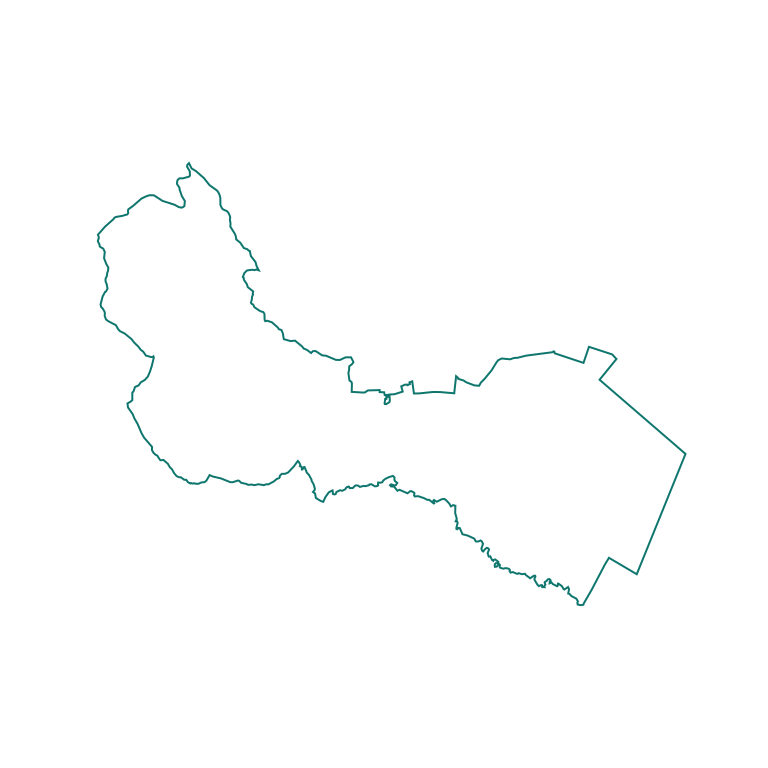 the district of Urechesti, Vrancea, Romania, rotated 11°
{"feature_id": "2599482B13172395436586", "entity_name": "Urechesti", "entity_type": "district", "adm_level": 2, "iso_a3": "ROU", "parent_name": "Romania", "parent_adm1": "Vrancea", "projection": "albers", "projection_center": [27.067, 45.615], "detail": "fine", "context": "isolated", "style": "outline", "palette": "teal", "viewbox_px": 768, "rotation_deg": 11, "n_neighbors": 0, "source": "geoboundaries", "source_scale": "gbopen_adm2", "svg_char_len": 6126}
<svg xmlns="http://www.w3.org/2000/svg" viewBox="0 0 768 768"><g transform="rotate(11 384 384)"><path d="M621.8,562.7L622.0,561.2L627.1,546.4L635.4,518.7L638.0,511.7L668.4,522.5L693.3,395.1L594.8,338.7L607.4,315.1L602.3,311.4L578.1,308.4L575.8,325.2L545.7,321.3L545.0,319.7L544.3,319.6L543.2,320.7L518.2,329.0L510.0,332.8L506.5,333.7L503.1,335.7L494.7,336.5L491.6,338.8L490.3,341.3L486.9,350.3L481.6,360.0L478.9,364.0L477.7,367.6L472.9,368.1L464.3,366.6L461.6,365.4L455.9,364.8L455.7,364.0L453.3,362.6L454.7,379.7L440.7,381.2L433.5,382.5L420.4,386.5L415.2,387.6L411.2,376.0L408.7,377.6L409.5,379.1L408.3,380.0L407.5,380.5L407.4,380.1L404.8,380.6L401.4,383.0L403.8,387.9L396.3,392.0L391.3,393.3L392.9,399.1L392.8,400.8L389.9,403.4L388.6,403.5L388.3,403.1L388.0,398.4L389.2,398.2L388.7,396.2L391.2,395.7L390.6,393.8L386.8,394.7L385.7,392.1L381.3,392.8L380.9,390.8L369.4,393.4L366.9,395.9L365.0,396.4L353.8,397.9L352.4,389.6L351.7,388.2L349.4,387.1L346.9,379.8L347.1,377.2L346.5,373.2L348.6,370.9L349.8,368.7L349.4,367.7L346.5,364.1L341.1,365.2L336.2,368.8L332.2,369.5L321.6,367.3L317.9,367.7L310.6,364.7L308.0,365.3L306.5,367.5L301.8,365.2L298.4,364.5L296.5,362.8L288.3,358.4L284.3,359.7L277.1,359.1L275.0,353.5L272.9,350.5L270.4,350.3L269.0,348.8L262.2,344.8L257.2,344.2L255.5,345.0L254.6,343.9L253.3,338.1L251.9,336.5L248.6,336.1L242.2,333.4L240.4,331.0L238.7,330.5L237.9,329.7L238.1,326.1L237.8,323.4L238.4,321.1L237.9,320.6L237.9,318.1L231.8,314.9L230.3,312.1L227.4,309.3L226.4,308.1L226.0,306.4L225.0,305.9L225.8,301.7L227.8,298.7L232.8,297.0L235.2,296.9L236.9,296.0L239.4,296.3L236.5,292.7L234.6,288.8L228.9,283.8L226.9,279.0L225.6,278.9L224.2,277.8L220.5,277.3L215.8,272.6L211.4,270.3L210.1,266.8L208.8,264.9L203.2,258.9L202.7,255.7L201.4,252.2L201.2,249.6L200.4,248.1L198.6,245.6L196.9,244.3L193.0,243.4L191.7,242.7L189.9,240.5L189.2,239.3L187.8,232.4L186.3,229.4L184.7,227.4L183.1,225.9L174.9,222.2L167.9,216.2L158.8,210.9L154.0,209.1L150.4,204.4L149.1,206.5L149.2,208.2L152.8,212.4L153.7,216.2L153.3,217.5L147.6,220.4L143.9,221.2L142.6,222.9L142.3,224.4L142.6,227.1L145.7,230.3L146.4,232.4L149.7,238.1L153.6,242.4L154.1,247.4L153.1,248.6L151.8,249.5L148.7,249.5L144.6,248.1L131.6,246.5L122.2,242.7L117.9,243.4L115.1,244.9L110.7,248.1L103.4,257.4L99.7,261.3L99.6,262.7L100.3,265.2L99.7,266.5L95.0,268.9L88.9,271.2L87.6,272.3L86.9,273.9L80.1,282.8L74.7,292.1L76.0,294.2L76.2,295.2L75.8,298.1L76.2,298.9L78.3,301.7L78.6,303.0L79.1,303.5L82.6,304.7L84.7,307.6L85.2,313.9L88.5,319.2L91.2,322.3L91.5,325.4L91.1,328.0L91.4,330.6L90.6,333.7L90.8,335.3L91.4,337.0L92.7,338.8L94.4,343.1L93.5,346.1L92.6,346.9L91.1,351.8L90.6,360.1L91.7,362.4L93.8,363.9L95.9,366.4L96.5,367.8L96.8,370.4L98.8,373.7L101.5,375.0L109.6,377.4L112.5,380.8L114.7,382.5L119.8,383.9L127.6,388.1L131.0,391.1L135.9,394.3L138.5,396.7L141.6,398.3L144.8,401.5L150.3,402.0L151.7,401.7L152.4,400.9L153.0,402.0L152.6,410.6L151.9,416.5L150.8,421.7L148.5,425.6L144.9,428.8L143.3,432.3L140.2,434.4L139.5,439.0L138.6,440.5L140.0,447.8L138.7,449.6L135.9,452.0L137.2,455.9L143.0,461.5L145.4,465.2L149.8,470.3L155.5,478.7L158.8,482.5L168.3,490.0L168.8,493.1L170.8,495.5L173.3,497.1L174.9,497.4L178.6,501.2L179.4,501.5L181.9,500.6L187.0,503.5L189.8,506.7L192.2,508.2L194.8,511.4L198.0,514.0L200.3,514.6L202.5,514.4L206.1,516.1L208.2,515.8L210.3,517.8L212.9,518.6L213.4,518.0L214.9,518.3L216.8,517.6L217.8,517.9L220.8,517.4L223.3,515.6L226.7,514.5L228.1,512.7L230.2,506.7L233.7,507.5L242.0,507.8L251.9,509.7L254.4,509.2L259.1,506.6L260.3,506.7L262.6,508.2L268.0,508.4L269.8,508.9L273.2,508.0L276.2,508.0L279.8,506.4L285.4,506.2L287.6,504.9L289.8,504.5L294.6,500.5L296.8,497.7L299.0,496.4L299.4,495.5L299.2,494.0L300.8,491.7L304.1,491.0L306.8,489.1L311.2,482.2L314.1,476.0L315.6,477.1L317.1,479.1L317.5,479.9L317.2,480.7L318.9,481.1L319.8,483.6L320.2,483.5L321.4,480.7L321.9,480.7L325.2,485.8L327.6,487.5L331.0,491.6L331.4,492.8L334.1,496.0L336.1,500.0L336.2,501.1L334.9,503.6L337.2,504.6L338.9,508.9L344.0,510.8L346.8,511.3L348.1,506.1L350.5,500.9L353.0,498.8L353.8,498.3L354.9,501.7L356.2,501.9L357.5,501.3L358.0,499.0L361.1,496.7L363.4,496.8L366.1,494.7L366.8,492.7L368.8,491.4L369.3,491.5L370.1,492.7L373.2,492.1L375.0,489.4L376.0,488.8L378.0,488.7L380.0,489.6L383.5,487.9L385.5,487.8L388.7,486.1L388.9,485.4L390.7,484.8L394.7,486.2L396.9,485.4L397.6,484.6L397.2,483.6L397.1,481.8L399.4,481.6L401.1,480.7L401.6,479.0L403.4,476.9L406.4,474.6L410.3,472.5L412.1,473.7L412.5,476.0L413.3,477.2L415.9,478.6L414.9,481.0L413.9,481.6L410.1,481.1L409.2,482.2L410.5,483.2L413.5,482.8L417.5,486.2L419.4,484.9L427.9,486.8L430.3,484.1L431.5,484.0L434.5,485.0L434.8,486.0L434.7,487.5L435.6,488.5L439.0,487.6L445.0,488.4L448.7,489.5L450.4,489.0L455.7,491.8L456.1,491.5L454.7,489.0L455.2,488.3L458.3,489.5L462.5,486.2L464.9,485.3L467.0,486.1L471.0,489.0L473.0,491.4L475.0,489.7L477.3,489.9L478.5,497.1L481.2,502.5L480.6,505.1L482.0,504.9L482.8,506.4L482.5,511.0L482.7,512.4L483.6,512.6L484.6,511.0L485.9,511.0L489.7,516.5L494.9,516.8L501.2,518.3L502.4,518.8L504.1,521.0L506.4,520.7L508.7,519.2L509.9,519.7L511.7,522.0L511.0,527.0L512.1,528.9L513.3,529.5L514.7,526.8L516.2,525.2L517.9,525.5L518.7,526.5L518.0,530.3L519.6,533.2L520.0,533.5L521.2,532.9L523.7,536.2L525.0,536.7L525.1,535.8L526.6,535.0L530.2,536.8L530.4,537.9L527.9,538.6L527.2,539.7L527.3,541.2L527.8,542.3L529.6,541.7L530.6,539.5L531.7,539.0L532.3,539.6L532.4,541.4L533.4,542.3L536.5,542.5L538.2,541.6L540.7,541.4L542.5,541.9L543.1,542.9L543.0,543.8L544.3,545.0L546.3,544.0L550.4,544.9L551.5,544.8L552.3,544.0L555.6,544.4L558.7,543.4L559.4,544.3L564.5,546.8L567.7,543.6L569.0,543.4L569.4,544.3L568.8,546.2L569.2,547.6L572.7,551.5L574.7,552.9L576.4,551.5L577.6,551.4L578.0,553.1L580.4,552.8L579.9,551.9L580.7,550.1L579.6,548.4L579.7,547.7L581.1,546.3L582.0,544.6L583.6,543.9L585.0,544.9L585.1,545.6L584.4,546.2L584.6,548.0L586.2,546.8L587.9,548.2L592.5,549.5L593.0,549.0L592.9,546.7L593.4,546.7L597.2,548.5L599.6,551.2L600.3,551.3L603.4,548.2L604.8,550.1L604.8,554.5L606.4,554.8L608.2,556.3L613.7,558.0L615.8,560.3L615.6,562.0L616.2,563.5L619.0,563.6L621.8,562.7Z" fill="none" stroke="#0f766e" stroke-width="2"/></g></svg>